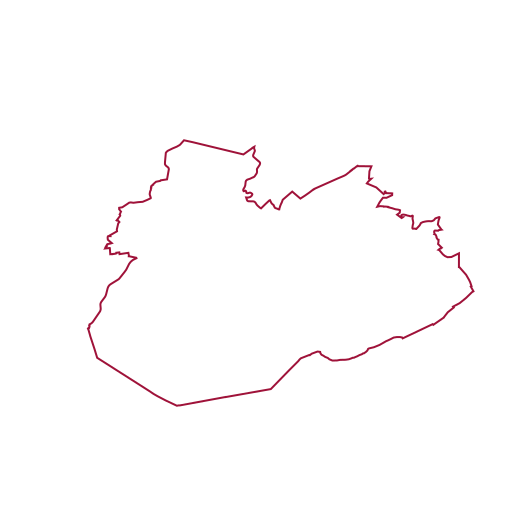 Boxtel, Noord-Brabant, Netherlands (Robinson projection), rotated 336°
{"feature_id": "6326949B40744758531983", "entity_name": "Boxtel", "entity_type": "district", "adm_level": 2, "iso_a3": "NLD", "parent_name": "Netherlands", "parent_adm1": "Noord-Brabant", "projection": "robinson", "projection_center": [5.329, 51.589], "detail": "fine", "context": "isolated", "style": "outline", "palette": "rose", "viewbox_px": 512, "rotation_deg": 336, "n_neighbors": 0, "source": "geoboundaries", "source_scale": "gbopen_adm2", "svg_char_len": 6026}
<svg xmlns="http://www.w3.org/2000/svg" viewBox="0 0 512 512"><g transform="rotate(336 256 256)"><path d="M440.3,376.7L439.8,371.3L440.6,371.3L441.0,367.0L440.9,364.3L440.3,358.6L437.2,348.7L436.9,348.6L442.5,336.1L434.1,336.4L430.5,335.0L428.7,333.0L428.3,332.3L427.4,330.5L425.8,325.1L425.2,324.6L426.6,324.2L427.0,324.1L427.9,324.3L428.0,324.2L429.1,324.0L427.2,319.1L428.3,317.5L429.4,315.4L428.8,315.0L428.7,314.8L428.4,312.9L428.4,312.5L428.6,312.3L428.7,311.9L428.8,310.2L428.6,309.4L427.8,308.6L428.2,308.4L428.4,306.8L428.8,306.0L429.3,305.6L429.8,305.5L432.7,307.0L433.3,306.7L436.2,307.4L435.9,306.8L436.0,306.6L435.9,306.1L435.0,301.5L435.0,301.1L437.2,297.8L438.8,296.2L439.1,295.8L439.4,295.4L439.4,295.1L439.1,294.9L435.2,294.6L432.9,295.7L431.1,295.7L430.1,295.5L428.2,294.5L426.3,293.8L424.4,293.3L422.3,292.9L421.6,292.9L419.9,293.0L418.9,293.9L417.7,294.7L413.4,296.5L413.0,296.3L412.5,295.7L412.0,295.5L410.5,294.9L410.3,294.8L410.2,294.5L410.3,293.9L411.8,291.5L413.0,290.0L413.2,289.6L413.7,287.8L414.1,285.8L414.5,284.9L415.4,283.5L415.5,283.0L415.2,282.7L413.7,282.7L413.0,282.4L412.4,281.8L410.6,280.5L409.6,279.5L408.7,278.9L407.7,278.2L406.5,277.8L405.9,277.8L405.3,278.0L405.0,278.3L404.8,278.9L404.7,279.4L404.8,279.8L405.1,280.1L405.8,280.2L406.0,280.3L405.2,280.5L404.6,280.3L404.4,280.4L401.7,275.6L404.9,274.9L406.2,272.8L406.0,272.5L404.6,271.4L402.8,270.3L402.0,269.7L399.9,267.8L397.1,265.6L397.3,265.5L396.7,264.8L394.2,263.4L392.8,262.9L392.8,262.6L389.8,261.0L388.8,260.7L386.8,260.3L390.5,257.4L392.8,256.0L395.7,254.4L398.9,255.9L404.6,255.8L405.1,255.8L405.9,254.2L405.2,253.8L400.8,251.7L401.0,251.6L400.2,250.1L400.3,249.7L399.8,249.6L399.5,250.6L397.8,251.4L393.8,242.3L386.8,234.8L388.7,233.7L392.7,232.3L390.8,231.7L390.7,231.4L390.7,231.2L394.1,224.7L397.9,221.0L385.7,215.4L385.6,215.0L384.8,215.2L384.6,215.0L380.8,216.0L380.6,215.8L377.7,216.5L377.9,216.7L375.4,217.3L371.4,218.3L369.6,218.5L367.0,218.5L362.4,218.4L353.2,218.4L337.0,218.4L337.0,218.5L334.8,218.8L334.8,218.7L330.7,219.7L325.6,220.7L319.9,221.6L315.3,211.9L303.3,215.5L301.0,217.9L300.7,218.0L298.7,219.9L296.9,221.9L296.4,222.6L296.2,222.9L295.9,222.8L294.3,221.1L293.4,220.3L293.1,220.0L292.8,219.3L292.8,218.1L292.7,217.6L292.8,217.4L292.8,217.1L292.7,217.1L292.6,216.2L291.9,214.9L291.6,213.8L291.5,210.7L290.7,210.7L286.0,212.3L280.1,214.5L280.0,214.3L279.8,214.3L279.2,213.4L277.9,210.6L277.5,209.3L277.2,206.9L276.7,205.9L276.2,205.3L275.4,204.8L271.5,203.0L271.0,202.6L270.6,202.0L270.5,201.4L270.8,198.5L272.5,199.4L274.3,199.7L275.1,199.7L276.5,199.2L277.6,198.4L277.8,197.8L277.8,197.6L277.1,196.4L276.3,195.6L274.0,195.3L273.5,195.0L273.0,194.6L272.9,194.3L273.3,193.0L273.2,192.5L272.7,191.9L271.4,191.9L271.1,191.8L271.0,191.4L271.1,190.6L271.6,189.9L273.8,188.3L275.0,187.0L275.5,186.1L276.8,183.9L277.5,183.2L278.3,182.9L279.1,182.7L282.1,183.0L285.0,182.9L285.1,183.0L286.5,182.9L287.3,182.6L290.0,180.9L290.6,180.4L291.2,179.5L292.0,177.4L292.5,176.7L296.2,174.4L297.0,173.6L297.2,173.4L297.5,172.8L297.6,172.1L297.4,171.5L296.8,170.1L296.7,170.1L296.2,169.0L294.2,164.7L294.0,164.2L294.0,163.7L294.2,163.1L294.5,162.6L294.8,162.3L297.5,159.8L297.8,159.3L297.9,158.7L298.0,157.2L298.1,156.7L298.3,156.3L298.9,155.5L296.8,155.7L296.7,155.9L285.8,158.1L244.5,126.3L237.3,121.0L232.0,123.4L231.1,123.6L228.1,123.9L223.5,123.8L218.5,124.0L217.8,124.1L216.2,124.7L215.5,125.2L215.2,125.8L211.1,133.1L210.2,135.0L210.2,135.8L210.6,137.2L211.6,139.0L211.8,139.6L211.9,140.3L211.7,141.2L211.4,141.7L205.9,149.8L199.7,148.1L199.3,148.4L198.8,148.4L194.9,147.5L192.9,148.1L190.4,149.0L190.5,149.2L188.8,149.6L188.5,150.2L188.4,150.0L188.1,150.3L186.8,152.9L185.9,153.6L185.2,154.4L184.1,156.1L183.9,156.7L183.6,159.9L183.3,160.4L182.7,160.4L179.8,160.5L174.5,160.4L170.0,158.8L166.9,157.9L165.6,157.5L163.4,156.1L161.8,155.7L159.2,156.2L158.6,156.3L153.7,157.1L150.6,156.3L150.0,157.6L150.7,160.6L150.2,160.9L149.1,162.0L148.4,162.5L148.5,162.7L148.5,163.6L148.3,164.0L143.4,166.7L144.0,167.1L143.8,167.3L144.3,167.6L144.6,168.2L145.0,169.4L143.5,170.1L143.3,170.3L139.6,175.2L139.1,176.9L131.0,177.7L131.0,178.6L129.3,177.8L128.7,177.8L128.2,178.4L127.8,179.2L127.3,180.8L127.5,181.4L129.5,185.6L128.0,185.4L125.6,184.8L124.7,184.8L124.4,185.1L122.6,186.4L123.1,186.6L122.5,186.9L122.6,187.0L121.3,187.8L125.6,189.2L125.7,189.3L123.6,195.1L126.3,196.0L126.2,196.1L128.9,196.8L129.6,196.8L130.0,196.5L130.0,196.3L132.6,197.1L132.1,198.8L140.7,201.2L140.1,203.7L139.9,204.2L139.7,204.5L140.1,204.7L145.9,208.9L145.9,209.4L142.7,209.5L141.7,209.6L139.6,210.2L138.7,210.6L136.9,211.6L131.9,215.7L129.3,217.2L122.2,220.9L121.2,221.3L120.0,221.5L111.9,222.6L110.5,222.9L109.1,223.6L108.3,224.2L107.3,225.2L103.6,229.9L102.5,231.1L101.2,232.1L96.1,234.9L95.0,235.8L94.4,236.5L94.0,237.3L92.8,240.7L92.5,241.4L92.0,242.1L91.1,243.1L80.2,249.8L79.0,250.3L78.4,250.5L77.2,250.7L76.3,250.7L76.1,251.2L75.9,251.3L75.6,251.3L75.4,251.4L75.3,251.9L75.4,252.3L75.1,253.0L74.4,253.3L74.3,253.8L74.0,254.1L73.8,254.1L73.6,253.7L73.4,253.7L72.9,254.0L73.0,254.9L72.1,261.3L72.0,261.7L70.6,275.5L69.5,284.4L103.7,336.1L106.3,340.3L109.0,344.0L114.8,351.3L122.8,360.6L124.5,361.0L125.6,361.5L170.8,372.4L170.8,372.5L215.4,383.6L240.4,373.6L251.9,369.2L253.6,368.3L255.4,367.7L264.5,368.1L264.8,368.5L267.1,367.9L273.2,368.3L273.5,368.4L275.6,369.7L275.3,371.1L275.7,372.9L277.1,374.6L277.8,375.8L278.3,376.5L280.1,378.3L281.0,380.2L283.0,382.3L283.3,382.6L287.6,384.4L290.6,385.1L295.6,387.2L298.8,388.1L301.4,388.3L303.0,388.3L304.0,388.7L304.6,388.8L305.4,388.7L307.5,388.8L310.3,388.6L312.7,388.8L314.3,388.5L315.0,388.8L316.0,388.6L317.2,388.4L319.2,387.7L320.1,387.0L320.4,386.6L321.0,386.4L321.7,386.4L326.6,387.3L332.7,387.5L340.6,386.7L341.6,386.8L345.4,386.7L348.6,386.5L351.9,387.4L354.7,388.7L356.4,389.9L356.5,390.9L389.7,390.1L390.0,391.0L402.6,388.6L402.7,388.4L408.3,385.4L415.7,383.5L415.4,382.4L422.9,381.9L431.0,379.7L438.6,376.9L440.3,376.7Z" fill="none" stroke="#9f1239" stroke-width="2"/></g></svg>